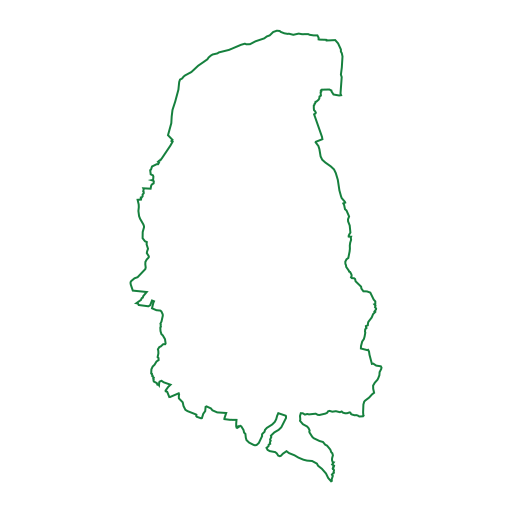 the district of Cizer, Salaj, Romania
{"feature_id": "2599482B34424021815229", "entity_name": "Cizer", "entity_type": "district", "adm_level": 2, "iso_a3": "ROU", "parent_name": "Romania", "parent_adm1": "Salaj", "projection": "albers", "projection_center": [22.865, 47.034], "detail": "fine", "context": "isolated", "style": "outline", "palette": "green", "viewbox_px": 512, "rotation_deg": 0, "n_neighbors": 0, "source": "geoboundaries", "source_scale": "gbopen_adm2", "svg_char_len": 6059}
<svg xmlns="http://www.w3.org/2000/svg" viewBox="0 0 512 512"><path d="M333.7,462.4L332.7,462.2L332.0,460.1L332.1,458.2L332.9,455.3L332.3,453.2L331.3,452.3L330.3,449.6L328.6,447.5L327.0,445.6L325.2,444.7L323.0,442.0L319.5,441.0L313.7,438.2L312.3,436.9L309.5,432.5L309.3,431.6L309.6,430.4L308.6,428.2L307.1,426.5L302.9,424.2L300.0,420.8L300.3,419.3L300.0,416.0L300.8,413.2L302.8,413.3L304.9,414.6L307.2,414.0L309.0,414.4L315.7,413.7L317.7,414.8L319.4,415.0L325.4,413.6L327.1,412.8L328.1,411.3L329.6,410.9L332.3,411.7L335.9,411.2L339.9,412.2L341.7,411.5L343.0,412.7L345.3,413.3L347.3,413.2L349.5,412.4L350.3,412.6L351.1,414.1L351.9,414.5L354.8,415.3L356.1,415.1L357.7,415.5L359.3,416.5L363.0,416.3L363.6,415.6L363.3,415.0L363.1,412.4L363.4,404.5L364.2,401.7L365.0,400.7L369.1,397.6L372.1,394.3L374.1,392.8L373.2,388.8L373.1,385.6L374.8,382.7L377.5,379.7L378.2,378.3L379.4,375.2L379.6,372.1L381.2,369.0L381.5,367.6L380.8,366.3L376.2,365.6L373.2,363.6L371.9,363.9L369.5,354.8L369.0,351.5L368.1,349.8L367.2,350.1L360.9,348.5L361.0,346.1L362.2,341.5L363.9,339.0L364.6,336.5L365.3,332.6L365.0,331.8L365.2,329.3L366.5,328.0L366.0,327.2L365.9,326.1L367.8,325.3L368.0,323.1L368.4,321.8L371.7,317.5L373.1,314.1L375.2,312.0L374.5,311.5L376.0,309.4L376.1,308.5L375.0,307.2L375.5,305.7L374.3,304.3L375.3,303.9L375.3,301.4L373.7,299.6L370.3,292.6L366.9,291.4L363.4,291.3L361.4,288.6L361.1,286.7L355.6,281.3L355.1,279.1L354.2,278.3L351.8,278.1L351.0,277.3L351.6,276.2L351.6,275.1L351.1,273.8L350.1,272.0L349.1,271.6L348.9,270.8L346.2,266.9L346.0,265.2L345.4,263.9L345.3,261.7L346.5,259.3L348.3,258.0L349.6,251.5L349.9,248.8L349.8,245.5L350.2,242.7L351.1,239.8L350.8,237.7L351.1,236.7L348.7,236.6L348.6,236.1L349.2,234.5L350.4,232.6L349.7,225.5L348.1,221.4L348.0,219.3L349.1,216.5L346.5,210.5L345.0,209.2L344.1,204.9L343.3,203.4L345.2,202.6L344.8,201.7L341.7,198.1L341.0,196.2L339.4,190.4L337.8,179.8L335.8,173.1L334.0,169.4L330.8,166.4L325.3,162.5L322.2,159.7L320.6,156.4L319.4,149.2L318.4,146.0L315.6,142.3L315.8,141.8L322.4,139.2L322.0,136.9L314.1,114.3L315.5,113.4L315.8,112.7L315.2,111.4L314.0,110.1L313.8,108.1L313.8,105.5L314.2,105.2L314.6,103.8L315.1,103.5L315.5,101.8L316.3,101.7L318.6,99.7L319.3,98.5L319.5,96.5L320.9,95.6L320.6,92.2L321.2,91.8L321.4,91.2L320.9,90.4L321.7,89.7L329.3,89.5L331.4,90.5L331.5,91.4L333.5,94.5L339.1,95.5L341.1,95.2L340.5,93.5L341.7,77.1L340.9,74.6L341.8,67.6L342.5,56.5L341.8,53.2L340.9,51.6L340.9,49.5L338.1,43.4L335.2,40.1L326.6,40.5L326.5,39.9L325.9,39.8L319.6,39.6L318.6,39.4L318.6,37.7L317.4,35.4L313.6,35.4L309.7,34.8L308.1,34.1L302.0,34.2L298.7,33.6L293.3,34.8L288.9,33.7L287.7,33.9L284.3,33.3L280.7,31.9L279.7,31.0L276.9,30.7L273.2,32.0L269.7,35.4L266.9,36.4L264.2,38.4L255.5,41.3L250.0,44.2L246.3,44.3L244.9,43.7L241.0,44.8L229.0,49.9L218.9,52.4L217.4,53.4L212.6,54.5L210.8,55.6L208.6,57.5L207.4,59.3L198.2,65.7L191.4,72.0L185.1,75.4L183.6,76.6L182.1,78.5L180.0,79.6L179.2,82.0L178.4,89.7L175.2,101.6L172.5,109.9L171.7,116.4L171.3,123.2L168.0,135.2L172.5,139.9L171.5,141.0L172.6,141.7L170.4,145.6L162.0,158.1L160.6,160.0L160.3,159.9L160.0,160.5L159.2,160.7L158.0,161.8L159.0,162.6L158.1,164.2L156.7,164.2L152.0,166.5L151.0,169.6L150.2,170.2L150.7,174.3L153.0,175.4L153.4,176.7L153.1,179.9L151.7,180.2L153.3,180.7L153.8,181.3L153.6,183.4L151.8,184.5L151.2,185.6L150.6,188.7L143.3,188.3L143.7,189.2L143.2,191.4L143.7,191.9L143.7,193.3L142.6,194.5L142.6,196.3L141.7,197.4L140.8,197.5L140.7,198.4L141.2,198.4L141.0,199.6L137.6,199.8L138.7,204.5L138.8,207.1L138.4,211.0L139.1,216.2L140.1,218.8L143.4,224.5L144.0,226.3L144.0,227.3L142.7,232.0L142.6,238.2L145.0,241.3L146.8,242.0L146.6,244.3L148.0,248.8L147.1,251.4L146.8,253.1L148.6,255.9L148.9,256.9L148.3,257.9L146.7,259.5L145.4,261.9L145.3,264.3L145.7,267.5L145.3,269.1L137.6,277.2L134.5,278.3L131.3,281.0L130.7,281.9L130.5,282.9L130.8,284.7L132.8,290.6L146.7,292.0L143.3,296.0L142.8,297.6L141.7,298.2L141.0,299.9L136.4,303.2L137.9,303.5L138.7,305.0L148.4,306.3L150.2,305.2L152.0,300.5L154.0,301.3L153.3,302.9L152.0,308.3L156.4,310.2L160.4,310.6L161.4,311.5L162.7,314.3L162.8,315.7L161.5,321.5L160.4,323.8L160.8,324.6L160.6,326.2L160.9,326.7L160.3,327.7L160.5,331.1L161.4,334.1L162.8,335.4L165.0,339.2L165.6,343.4L165.2,344.2L163.2,344.2L160.7,346.5L159.4,347.0L157.9,349.3L158.3,350.9L158.4,353.5L157.6,357.1L158.5,358.0L158.6,360.1L156.5,361.5L154.5,364.8L152.7,366.5L151.4,369.3L151.2,373.4L151.9,373.7L151.9,374.7L152.6,375.5L152.3,376.2L153.8,377.7L153.2,378.8L153.7,379.3L153.5,380.6L153.8,381.5L156.8,383.1L157.4,384.7L158.7,384.9L159.0,385.3L159.2,382.4L159.6,381.6L161.5,380.8L163.7,382.3L170.5,384.7L168.2,386.9L165.6,390.5L165.7,391.3L167.2,391.8L169.6,397.8L169.6,397.4L170.1,397.0L178.7,393.3L179.1,394.4L178.8,395.9L178.9,398.4L182.7,402.3L183.5,406.0L185.4,409.8L187.5,411.1L196.1,414.5L196.5,414.9L196.2,416.0L196.8,416.8L201.1,418.3L201.9,418.1L203.3,413.7L205.2,411.1L205.6,406.9L206.5,406.4L210.9,408.4L212.4,410.3L217.2,412.4L226.2,413.0L224.4,418.4L224.4,419.1L229.8,419.8L236.5,419.9L236.2,423.4L236.2,426.3L236.6,427.7L237.1,427.9L238.3,426.2L238.8,426.3L238.9,426.8L240.2,425.8L241.3,426.4L243.5,430.0L244.1,432.6L245.4,433.9L245.8,437.7L246.5,440.1L249.1,442.6L253.6,444.9L255.0,445.3L256.6,445.0L258.8,443.0L262.1,436.1L262.0,434.8L262.3,433.9L264.5,431.8L265.0,429.9L266.8,427.9L272.2,424.5L274.8,421.9L276.2,419.2L277.1,415.9L278.3,413.2L285.7,415.7L286.0,416.2L286.0,418.0L281.3,427.3L278.6,429.9L274.3,432.4L270.9,435.7L271.3,437.0L270.2,439.3L270.1,439.9L270.7,440.7L269.9,442.3L270.2,443.8L268.7,444.7L268.5,446.2L266.5,447.9L267.6,449.9L269.7,451.1L275.2,452.1L276.8,453.4L278.2,455.6L279.8,456.2L280.9,455.8L282.9,453.7L286.5,451.2L289.0,453.1L294.5,455.3L298.4,457.6L303.4,459.7L307.0,460.6L312.1,461.0L316.9,463.6L318.1,465.8L321.9,468.8L326.0,473.5L328.2,478.0L331.1,481.3L331.8,480.9L331.7,479.3L332.8,475.9L331.9,474.7L332.7,473.6L333.5,473.4L333.9,472.6L333.6,472.0L334.0,470.5L333.7,469.4L332.9,469.1L332.7,468.4L333.2,467.7L333.1,467.1L333.8,466.8L334.1,465.7L332.2,464.5L333.7,462.4Z" fill="none" stroke="#15803d" stroke-width="2"/></svg>